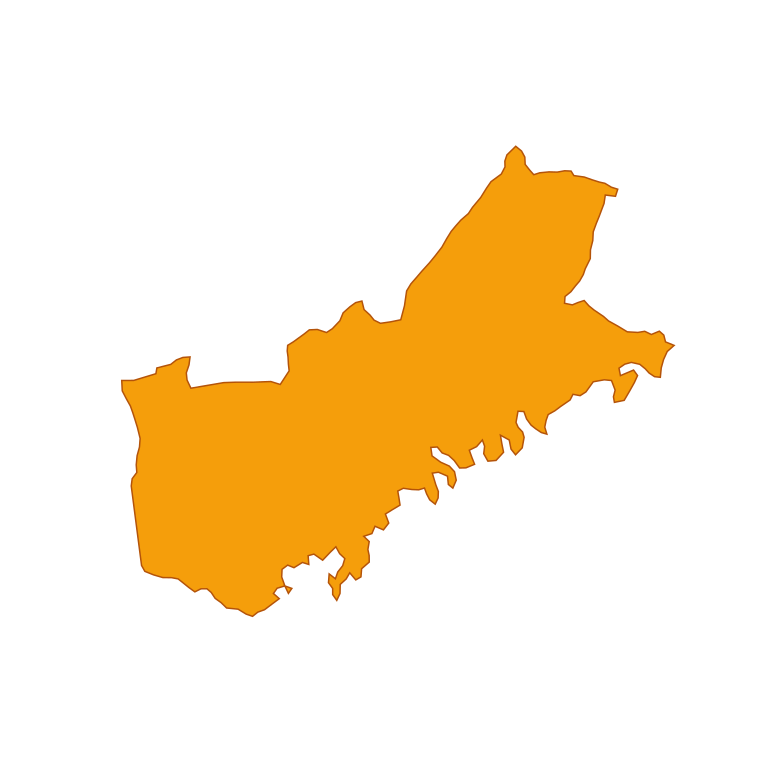 Redentora, Rio Grande do Sul, Brazil (Mercator projection), rotated 54°
{"feature_id": "56859067B65128822842334", "entity_name": "Redentora", "entity_type": "district", "adm_level": 2, "iso_a3": "BRA", "parent_name": "Brazil", "parent_adm1": "Rio Grande do Sul", "projection": "mercator", "projection_center": [-53.617, -27.564], "detail": "fine", "context": "isolated", "style": "filled", "palette": "amber", "viewbox_px": 768, "rotation_deg": 54, "n_neighbors": 0, "source": "geoboundaries", "source_scale": "gbopen_adm2", "svg_char_len": 3571}
<svg xmlns="http://www.w3.org/2000/svg" viewBox="0 0 768 768"><g transform="rotate(54 384 384)"><path d="M227.0,594.1L235.7,599.8L244.3,601.1L252.7,602.1L259.5,604.1L266.8,606.5L274.1,609.0L284.7,613.3L291.3,618.9L296.9,625.9L303.8,632.0L310.3,636.0L312.6,643.4L317.9,648.4L388.3,686.8L395.0,687.6L403.0,682.6L410.6,676.7L415.8,669.7L420.7,665.1L426.5,663.5L433.9,661.5L441.0,659.2L442.1,652.5L445.6,647.6L451.1,646.3L458.2,646.6L465.1,644.3L472.7,643.0L480.4,634.4L489.1,630.8L494.7,626.9L494.4,620.2L496.4,613.3L496.2,603.4L496.1,594.9L488.5,596.6L486.4,590.5L489.1,582.9L480.0,580.2L474.0,575.4L473.9,568.4L479.7,564.8L480.4,554.9L485.8,550.9L478.3,546.3L480.4,540.7L490.5,537.2L488.5,526.3L487.4,518.6L495.2,519.6L502.2,518.3L506.7,524.2L508.9,531.9L513.0,537.8L505.4,540.0L512.1,545.7L519.2,545.7L524.2,549.3L531.3,549.4L527.6,542.7L520.4,537.2L519.5,529.2L516.6,522.7L525.9,522.0L526.5,516.0L520.3,510.7L519.4,500.6L514.0,496.8L508.4,494.3L502.8,488.6L495.3,489.9L497.9,481.7L493.8,474.9L501.7,470.2L499.3,461.9L490.0,459.3L490.6,451.1L491.4,442.2L485.0,438.9L478.7,435.8L479.7,429.7L485.8,423.4L490.0,418.1L492.0,412.4L497.9,414.1L504.6,415.1L511.3,413.2L508.0,407.2L502.9,403.2L495.9,401.3L484.5,397.3L487.4,391.8L495.9,386.8L503.1,391.0L508.7,389.5L504.3,382.1L496.4,378.5L488.8,379.4L480.6,384.1L470.4,387.4L462.8,383.4L466.3,377.9L473.9,377.5L479.7,373.7L487.1,372.2L496.4,372.2L500.0,367.0L502.2,357.9L495.2,356.1L487.7,353.9L489.1,345.9L487.1,337.3L493.5,339.2L499.0,344.3L507.5,345.3L511.7,338.3L509.5,327.4L501.7,323.8L493.8,319.9L502.9,315.6L511.3,319.5L518.6,319.2L516.9,309.7L509.5,302.0L504.3,300.1L497.9,300.9L492.7,299.8L484.8,291.6L488.5,287.0L496.1,289.2L503.7,289.2L509.5,287.6L515.7,285.3L520.3,281.7L513.4,279.3L508.7,274.2L505.2,269.1L506.1,261.6L506.0,254.4L506.3,242.8L503.4,237.2L508.7,232.2L509.1,225.3L505.2,213.4L510.1,203.3L514.9,197.9L524.8,200.6L529.2,205.9L534.3,208.4L538.4,199.3L534.1,189.5L530.0,180.6L526.2,173.9L519.4,173.9L516.2,187.8L509.3,184.6L509.5,177.5L511.9,171.2L518.4,165.5L525.3,163.7L530.9,163.1L537.1,160.8L541.0,156.5L533.9,150.2L528.5,143.4L524.2,135.8L523.3,126.6L515.4,131.5L508.9,128.9L503.1,130.2L501.1,138.6L494.6,142.1L491.5,148.3L484.8,156.5L474.6,160.8L464.9,165.3L458.4,166.7L447.6,170.6L441.2,172.3L434.1,173.0L432.1,179.2L430.7,185.1L424.8,190.5L419.6,186.1L419.2,178.5L417.2,171.6L415.7,165.3L412.6,158.4L409.1,153.5L403.8,143.4L396.8,138.1L390.7,130.8L383.9,125.3L378.7,117.6L374.8,111.3L370.5,104.8L367.3,99.9L361.2,93.9L368.2,86.4L363.8,80.4L358.4,84.4L351.5,87.3L347.2,91.1L341.0,95.7L334.3,100.3L327.0,107.9L321.7,107.5L317.7,112.5L314.4,119.3L309.4,125.8L304.7,133.8L302.7,139.8L296.6,140.4L289.3,140.7L283.2,136.7L276.4,135.8L269.1,137.7L270.9,149.9L274.7,155.2L279.5,158.5L283.1,165.7L283.2,178.5L285.8,185.9L289.9,196.0L293.1,208.6L295.7,215.5L296.6,225.6L298.3,233.2L300.0,239.9L303.2,247.7L307.3,256.7L310.5,267.7L312.7,276.1L315.0,287.2L317.0,295.5L318.8,303.4L322.0,311.0L332.8,321.5L341.9,332.7L337.5,342.3L332.8,351.2L326.5,354.5L320.0,354.8L312.1,356.4L303.9,353.1L301.5,359.1L301.5,366.1L302.4,375.2L306.9,382.5L308.9,393.3L308.6,400.2L300.7,405.9L296.3,412.6L296.6,419.0L296.6,426.6L296.6,432.6L296.1,439.2L300.4,442.9L305.8,445.8L311.8,449.7L317.6,453.0L323.4,468.2L315.5,474.1L310.6,481.4L305.8,488.6L295.4,502.9L288.7,512.8L273.9,542.7L265.0,541.0L258.8,537.4L253.9,530.5L248.1,525.0L244.3,531.1L242.5,537.8L242.8,545.0L237.5,558.3L241.6,562.5L234.0,584.4L227.0,594.1ZM489.1,582.9L497.2,584.4L495.2,578.7L489.1,582.9Z" fill="#f59e0b" stroke="#b45309" stroke-width="1.5"/></g></svg>